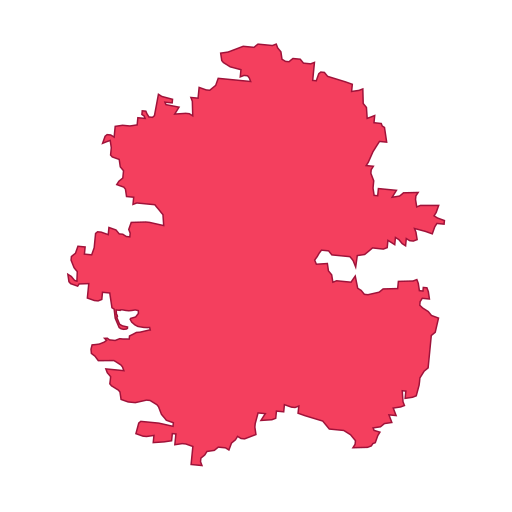 Utsira nor, Norway (Albers equal-area conic projection), rotated 94°
{"feature_id": "86288312B95647148503835", "entity_name": "Utsira nor", "entity_type": "district", "adm_level": 2, "iso_a3": "NOR", "parent_name": "Norway", "parent_adm1": "", "projection": "albers", "projection_center": [4.885, 59.307], "detail": "fine", "context": "isolated", "style": "filled", "palette": "rose", "viewbox_px": 512, "rotation_deg": 94, "n_neighbors": 0, "source": "geoboundaries", "source_scale": "gbopen_adm2", "svg_char_len": 5473}
<svg xmlns="http://www.w3.org/2000/svg" viewBox="0 0 512 512"><g transform="rotate(94 256 256)"><path d="M210.9,77.8L211.1,70.6L207.5,70.5L205.4,77.7L203.5,81.2L200.0,79.3L192.8,77.3L194.1,95.5L195.8,99.1L188.5,100.8L184.9,100.7L181.3,98.7L182.7,113.3L184.5,115.1L186.2,117.0L187.9,124.3L184.3,122.4L180.7,120.5L180.2,138.6L187.4,138.8L187.3,142.4L180.1,144.0L176.4,143.9L172.8,143.8L165.5,147.2L161.9,147.1L158.3,145.2L158.1,152.4L154.6,150.5L143.8,146.6L136.7,142.8L133.1,140.8L133.3,133.6L126.0,135.2L118.8,136.8L117.5,139.2L115.1,140.3L114.8,147.6L107.6,147.4L109.3,151.0L111.0,154.7L100.1,156.2L96.4,159.7L81.9,161.1L83.6,164.8L85.2,172.1L78.0,171.9L76.0,179.1L71.8,197.1L68.1,200.6L68.0,204.2L69.8,206.1L77.0,208.1L76.9,211.7L58.8,211.2L60.5,214.9L60.3,222.1L56.6,225.6L56.4,232.9L58.1,234.8L59.9,236.6L59.8,240.2L57.9,243.8L50.6,245.4L46.9,248.9L43.2,250.6L44.9,254.3L44.6,265.2L44.5,268.8L46.2,270.7L48.0,272.5L47.8,279.8L47.7,283.4L51.1,290.7L54.5,298.1L56.1,305.4L63.4,303.8L65.3,302.0L69.1,294.9L71.2,284.0L78.4,284.2L76.7,280.6L76.8,277.0L78.7,275.2L82.3,273.5L81.4,306.1L88.6,308.1L90.4,310.0L92.1,311.8L93.9,313.7L93.8,317.3L91.8,324.5L102.6,324.8L102.4,332.0L106.1,330.3L120.6,328.9L118.7,332.5L118.6,336.1L120.1,347.0L116.5,345.1L112.9,343.2L111.3,356.4L108.9,357.6L109.1,350.3L105.5,350.2L103.4,361.1L101.5,364.6L123.1,367.1L124.9,368.9L124.8,372.5L121.6,374.8L119.2,376.0L119.1,379.6L122.8,379.7L124.1,377.4L126.5,376.2L126.3,383.5L133.5,383.7L135.1,390.9L135.0,394.6L134.9,398.2L136.5,405.5L147.3,405.8L145.4,409.4L145.3,413.0L147.1,414.9L154.3,416.9L152.5,413.2L150.9,409.5L158.1,407.9L161.8,408.0L165.4,408.1L167.2,406.3L169.2,399.2L176.5,397.6L178.4,395.8L180.2,394.1L187.5,394.3L189.2,396.1L191.0,398.0L194.5,399.9L196.5,392.7L198.4,390.9L205.7,389.3L205.9,382.1L213.1,382.3L211.4,378.6L211.6,371.4L211.7,367.8L211.9,360.5L213.8,358.8L215.6,357.0L217.5,355.2L219.4,353.5L221.2,351.7L232.1,350.2L229.9,364.6L229.8,368.3L231.2,382.8L238.4,384.8L242.0,383.1L245.7,383.2L245.6,386.8L243.6,390.4L243.5,394.0L239.8,397.5L237.8,404.7L245.0,404.9L243.0,412.1L242.9,415.7L244.7,417.6L251.9,417.8L259.1,418.0L266.3,420.0L266.1,427.3L258.9,427.1L258.7,434.3L265.9,436.3L267.6,438.2L269.4,440.1L273.0,440.2L280.3,436.7L282.2,435.0L284.0,433.2L293.6,432.9L293.0,435.3L289.3,438.8L287.4,442.4L294.7,440.8L296.5,439.0L298.5,431.8L296.2,430.5L295.2,420.9L309.7,421.3L311.7,414.1L311.8,410.4L310.1,406.8L302.9,406.6L303.1,399.3L310.4,397.7L317.6,396.1L318.9,393.8L327.9,392.1L336.9,387.5L338.0,385.6L338.4,383.0L337.9,380.2L337.2,379.2L335.8,379.2L335.0,384.4L333.6,387.3L326.8,390.7L326.2,390.0L324.6,390.4L324.2,391.1L319.6,391.7L319.7,387.7L319.2,387.6L319.0,385.5L319.4,382.3L319.5,379.1L319.0,376.0L318.2,372.7L318.7,369.6L321.5,369.3L325.2,371.8L327.0,376.7L327.9,377.1L330.6,375.4L333.1,372.1L334.5,369.0L335.1,362.9L335.0,359.4L334.7,357.1L337.2,356.3L337.4,357.7L340.1,366.4L340.6,370.0L342.5,373.0L344.6,376.6L347.7,376.7L348.1,382.9L348.0,386.2L350.1,390.6L349.9,396.3L348.4,398.6L348.7,401.3L350.6,399.2L352.5,401.4L354.8,406.2L355.5,409.7L356.1,413.3L360.5,414.1L364.7,413.4L367.1,409.7L371.4,406.0L370.2,390.4L374.1,383.2L375.9,381.5L379.6,379.8L379.1,397.9L382.8,396.2L384.6,394.4L386.5,392.6L390.1,392.7L393.7,392.9L395.6,391.1L399.4,383.9L401.2,382.2L408.5,380.6L410.5,373.4L410.7,366.2L407.4,355.2L407.5,351.6L411.3,344.4L413.2,342.7L420.5,339.3L422.4,337.5L424.2,335.7L426.1,334.0L428.1,326.8L431.7,326.9L429.5,341.3L429.0,359.4L430.8,361.3L441.6,363.4L443.6,356.2L443.7,352.6L442.1,345.3L449.3,345.5L447.8,334.6L446.2,327.3L439.0,327.1L439.1,323.5L449.9,323.8L448.3,316.5L448.4,312.9L450.4,305.7L468.5,306.2L468.8,295.3L465.1,297.0L461.5,296.9L458.0,293.2L454.4,291.3L452.8,284.0L449.3,280.3L449.5,273.0L451.4,269.5L444.3,267.4L440.8,263.7L437.2,261.8L439.1,258.2L439.2,254.6L435.8,247.3L434.1,243.6L426.8,245.2L423.2,245.1L412.4,243.0L412.6,235.7L416.2,237.7L419.7,239.6L418.2,228.7L416.5,225.0L409.3,224.8L409.5,217.5L402.3,217.3L404.3,210.1L404.4,206.5L402.7,202.8L409.9,203.1L411.9,195.9L416.0,177.9L417.9,176.1L419.8,174.3L421.6,172.6L423.5,170.8L423.7,163.6L423.9,156.3L427.7,149.2L429.6,147.4L431.4,145.7L433.3,143.9L436.9,144.0L440.5,145.9L439.1,131.4L437.4,127.7L435.0,126.4L433.9,124.0L426.7,122.0L423.1,120.1L421.7,126.1L419.3,127.2L417.7,119.9L414.2,116.2L412.6,108.9L408.9,110.6L405.2,112.3L405.4,105.1L401.8,106.8L398.1,108.5L396.5,101.2L394.8,97.5L391.1,99.2L380.2,100.7L380.3,97.1L387.6,97.3L386.0,90.0L384.3,86.4L373.5,84.3L369.9,84.1L366.2,84.0L359.1,80.2L355.6,76.5L330.3,75.8L323.1,75.6L319.6,71.9L305.2,69.6L303.1,76.8L299.4,80.3L296.2,86.2L293.7,89.2L290.1,89.1L286.6,87.2L286.8,80.0L279.5,81.6L275.8,83.3L275.7,86.9L279.3,87.0L279.2,90.6L272.0,92.2L268.3,93.9L270.0,97.6L271.4,112.2L278.6,112.4L280.0,126.9L281.8,128.8L283.5,130.6L286.8,141.6L286.7,145.2L283.0,148.7L281.1,152.3L269.1,155.6L275.5,159.4L275.4,163.0L275.1,173.9L276.8,177.5L269.5,179.2L265.8,182.7L258.5,184.3L258.8,186.3L260.0,195.2L256.0,197.2L252.3,194.9L248.8,193.2L245.6,191.1L245.8,183.9L247.7,182.2L249.6,180.4L249.7,176.8L249.8,173.1L249.9,169.5L250.1,162.3L251.9,160.5L253.8,158.8L260.0,155.8L248.5,155.0L246.9,147.7L243.4,144.0L239.8,140.3L240.1,133.0L240.2,129.4L238.5,125.7L231.2,125.5L233.1,121.9L235.0,118.4L227.8,118.2L229.7,114.6L231.6,112.8L233.4,111.1L235.4,107.5L228.1,107.3L230.0,103.7L230.1,100.1L228.4,96.4L221.1,98.1L217.5,99.8L219.6,88.9L221.6,81.7L214.4,79.7L210.9,77.8Z" fill="#f43f5e" stroke="#9f1239" stroke-width="1.5"/></g></svg>